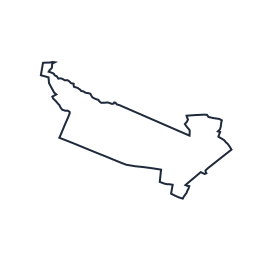 Nakuru Town East, Rift Valley, Kenya (Albers equal-area conic projection), rotated 113°
{"feature_id": "3690345B82942155746957", "entity_name": "Nakuru Town East", "entity_type": "district", "adm_level": 2, "iso_a3": "KEN", "parent_name": "Kenya", "parent_adm1": "Rift Valley", "projection": "albers", "projection_center": [36.106, -0.379], "detail": "fine", "context": "isolated", "style": "outline", "palette": "slate", "viewbox_px": 256, "rotation_deg": 113, "n_neighbors": 0, "source": "geoboundaries", "source_scale": "gbopen_adm2", "svg_char_len": 2215}
<svg xmlns="http://www.w3.org/2000/svg" viewBox="0 0 256 256"><g transform="rotate(113 128 128)"><path d="M107.5,24.3L105.9,26.4L103.8,29.7L102.9,32.3L101.6,34.9L101.1,38.3L100.7,41.4L98.3,41.6L95.7,41.6L96.0,43.9L93.1,42.8L90.3,43.2L86.5,44.3L84.3,44.6L84.0,47.6L84.9,50.9L85.6,53.7L86.4,58.2L85.0,60.5L86.0,63.2L89.5,70.5L91.9,75.2L93.8,78.9L94.7,78.2L95.3,77.6L96.8,76.1L98.8,76.2L99.5,76.3L100.3,76.6L102.1,77.2L103.3,75.4L103.8,74.5L104.2,73.8L105.3,71.5L105.8,70.7L106.4,70.2L108.1,69.4L111.0,68.4L110.3,144.8L110.5,145.9L110.6,147.5L109.6,149.5L109.9,150.7L111.1,150.7L112.1,152.2L112.2,154.7L112.5,156.9L113.7,159.0L114.0,159.7L114.3,160.4L115.2,162.3L115.1,163.5L114.3,165.5L113.6,166.3L113.9,167.9L113.9,169.4L113.9,170.6L113.7,172.7L112.7,174.2L111.2,176.0L111.4,178.1L112.0,179.9L112.1,181.6L111.7,183.2L112.2,185.6L111.7,186.5L111.3,187.5L111.0,189.2L110.8,189.9L110.8,190.6L111.1,192.9L111.2,193.8L109.9,194.8L108.5,195.3L108.6,196.3L109.0,197.5L108.7,198.8L108.2,199.6L107.6,202.3L108.0,203.1L108.8,205.0L108.5,206.8L108.4,208.1L108.8,209.9L109.8,211.5L109.2,212.3L108.2,213.9L108.2,216.1L107.0,217.4L107.0,218.1L106.9,218.9L107.0,221.0L107.1,222.0L107.2,223.0L105.3,222.7L103.1,221.8L102.2,221.6L100.7,222.1L99.4,222.6L98.3,222.9L96.1,221.0L96.7,223.3L98.1,225.1L100.1,229.5L101.2,231.7L107.7,230.2L113.5,228.8L112.9,224.4L112.4,221.0L117.6,218.2L124.2,209.9L125.1,207.1L128.7,209.9L130.0,208.6L130.9,206.4L131.2,205.6L131.5,204.8L132.3,203.2L133.2,201.5L133.5,200.7L133.8,200.0L135.0,198.8L135.4,198.2L136.0,197.3L136.9,195.6L136.7,194.3L136.6,192.4L135.6,190.4L136.0,188.0L137.2,187.4L141.9,187.3L150.9,187.4L161.1,187.3L163.8,187.4L163.6,179.9L163.4,171.7L163.3,163.2L163.2,154.8L163.1,146.7L162.9,138.2L162.8,129.4L162.7,120.8L162.5,115.2L160.4,106.5L157.7,97.7L155.4,89.3L153.4,81.3L165.2,77.7L165.0,72.8L164.6,70.9L164.5,70.2L163.7,68.3L162.8,64.7L171.6,62.7L171.9,59.0L172.0,54.1L171.6,50.0L169.3,49.8L164.6,48.7L163.0,48.9L160.4,48.6L157.6,48.9L158.1,51.0L158.1,52.8L154.2,50.9L147.6,47.5L140.2,43.8L140.4,39.6L139.0,38.2L138.3,39.1L136.9,40.1L133.5,38.6L127.5,35.3L122.2,32.4L118.9,30.6L115.8,28.9L112.9,27.3L110.4,25.9L107.5,24.3Z" fill="none" stroke="#1e293b" stroke-width="2"/></g></svg>